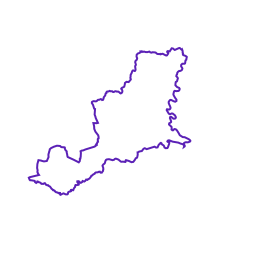 the district of San Sebastián Tlacotepec, Puebla, Mexico, rotated 31°
{"feature_id": "50627088B11534934741350", "entity_name": "San Sebastián Tlacotepec", "entity_type": "district", "adm_level": 2, "iso_a3": "MEX", "parent_name": "Mexico", "parent_adm1": "Puebla", "projection": "albers", "projection_center": [-96.826, 18.377], "detail": "fine", "context": "isolated", "style": "outline", "palette": "violet", "viewbox_px": 256, "rotation_deg": 31, "n_neighbors": 0, "source": "geoboundaries", "source_scale": "gbopen_adm2", "svg_char_len": 5861}
<svg xmlns="http://www.w3.org/2000/svg" viewBox="0 0 256 256"><g transform="rotate(31 128 128)"><path d="M97.2,219.5L97.6,219.6L97.8,219.9L99.4,220.1L100.2,219.7L100.8,219.8L101.4,219.5L102.2,219.6L102.6,219.0L103.2,218.7L104.1,220.0L104.6,220.0L105.7,218.1L106.5,217.2L108.7,217.0L110.1,216.2L110.4,215.4L109.9,214.2L109.9,213.6L110.6,212.6L111.3,212.1L111.7,211.5L111.6,211.2L111.1,210.9L111.0,210.5L111.4,210.1L113.0,209.7L113.1,209.4L112.7,207.6L113.0,205.8L112.5,204.8L112.4,203.9L113.3,203.5L114.9,202.1L114.9,201.8L113.8,201.1L112.3,200.4L112.0,199.8L112.9,199.1L113.9,199.0L115.2,199.6L115.9,199.2L116.5,198.0L116.4,196.8L118.0,196.5L118.6,195.3L118.7,193.7L119.9,193.4L120.1,192.5L120.4,192.3L121.0,191.1L121.3,189.0L121.2,188.3L121.2,187.8L121.6,187.5L122.1,185.7L123.0,184.3L122.9,183.6L123.3,182.7L125.0,181.5L125.4,180.7L126.1,180.1L126.4,179.9L126.9,180.3L127.5,180.4L128.3,179.7L128.5,179.7L128.7,177.5L128.3,177.0L128.1,176.0L126.9,174.5L126.2,174.1L125.5,173.3L125.6,172.0L126.2,170.5L126.2,169.9L125.6,167.8L125.6,166.6L126.1,165.8L127.8,164.5L131.4,163.5L132.4,162.4L132.6,161.5L133.0,160.8L133.7,160.4L136.1,160.0L139.1,160.5L139.6,160.4L141.1,159.4L143.2,158.5L143.3,158.1L142.7,157.1L142.8,156.6L145.7,155.8L148.6,155.5L150.0,154.3L150.3,151.5L150.2,150.0L151.0,148.8L150.9,148.2L150.1,145.9L148.8,144.0L149.1,143.8L149.6,142.6L150.9,141.3L151.7,140.7L152.0,138.0L152.4,137.2L152.8,136.7L154.9,136.5L160.4,130.3L162.2,130.3L163.3,129.4L163.0,126.7L163.2,125.7L163.4,125.5L163.5,124.2L163.8,123.8L164.7,123.9L165.2,124.4L165.8,124.6L167.5,124.6L168.3,125.0L169.3,125.9L170.7,125.9L172.1,124.9L172.1,123.9L171.4,120.3L170.8,119.0L170.2,118.9L169.3,119.4L168.7,119.3L168.6,118.9L168.6,118.4L169.0,117.8L169.4,117.5L169.8,117.3L173.3,116.7L178.7,114.6L181.1,114.3L183.1,113.7L184.4,113.8L184.9,114.0L185.5,114.7L185.7,115.4L186.0,114.7L186.0,114.3L185.7,113.9L184.0,112.9L183.8,112.1L184.0,111.5L184.8,110.5L186.6,109.5L187.3,108.8L188.2,107.5L188.1,106.9L187.4,106.5L185.8,106.3L181.3,106.7L179.6,107.6L176.1,107.5L174.1,106.3L171.1,104.8L169.6,104.5L168.3,105.0L167.8,106.8L167.2,107.1L166.1,106.9L165.7,105.9L164.7,104.6L161.4,103.9L160.9,102.8L161.7,101.3L161.9,100.7L161.7,100.3L161.0,99.6L158.8,97.9L158.5,96.9L158.9,96.4L159.4,96.2L161.8,96.6L162.4,96.5L163.4,95.8L163.7,95.2L163.5,94.1L161.8,93.0L158.8,92.6L157.9,93.1L156.9,94.6L155.6,94.7L152.0,92.8L151.8,92.4L151.8,91.8L153.4,91.2L154.0,90.7L154.3,89.9L154.2,89.2L154.1,88.8L152.9,87.7L151.4,86.7L150.1,85.7L149.5,84.8L149.4,84.3L149.6,82.5L150.0,82.0L150.8,81.7L153.0,81.6L154.9,81.2L155.6,79.9L154.9,78.7L152.9,77.9L150.4,76.5L149.5,75.7L148.7,73.2L148.7,72.5L148.9,72.1L150.3,71.6L152.1,70.3L152.5,69.5L152.4,68.5L152.1,67.8L151.2,67.3L149.0,67.6L146.7,67.0L146.1,66.0L145.3,64.2L145.3,63.8L145.8,63.1L145.9,62.4L145.4,60.9L145.3,60.0L144.9,59.5L144.4,59.2L142.7,58.7L142.5,58.1L142.3,57.4L142.4,56.7L141.8,55.2L141.9,54.1L142.5,52.7L143.2,52.4L144.1,51.1L144.3,50.2L144.0,49.0L143.5,48.6L141.8,47.8L141.2,46.8L141.1,46.3L141.5,44.9L143.1,44.0L143.6,43.3L143.4,42.6L142.5,40.5L142.8,39.4L142.4,38.6L141.9,37.0L141.7,36.7L140.8,36.6L139.3,36.7L138.1,37.0L137.6,37.0L137.0,36.5L136.7,35.6L136.1,35.4L135.2,33.9L134.6,33.4L134.7,33.9L134.1,33.0L133.5,32.8L133.0,33.2L131.5,32.8L130.9,32.9L130.4,33.4L127.9,37.0L127.4,37.0L125.6,36.7L124.4,37.2L124.3,40.9L122.6,41.5L122.3,41.8L122.2,42.2L122.4,42.6L122.7,42.8L123.7,43.0L124.1,43.4L124.0,45.6L123.7,46.0L123.0,46.3L119.5,46.5L118.4,47.5L118.1,48.0L117.4,47.9L116.9,48.5L115.0,49.4L114.5,49.4L112.8,49.1L111.6,49.6L109.9,50.5L109.5,51.2L108.2,51.7L107.0,51.5L105.5,53.0L103.9,53.9L102.5,54.2L101.4,55.1L101.0,55.1L101.1,55.3L99.7,55.8L99.8,55.9L99.4,56.1L99.6,56.3L100.0,56.3L98.8,58.3L98.1,59.0L97.7,60.7L98.6,62.5L99.9,63.4L100.3,64.7L100.3,65.4L99.9,66.3L100.2,67.8L102.1,69.6L102.3,70.2L102.2,70.9L102.5,71.7L104.3,73.9L104.6,74.6L104.6,75.5L104.4,75.7L102.7,76.0L102.4,76.5L102.4,77.2L102.8,79.1L102.9,81.1L103.8,82.7L104.2,83.9L105.3,84.7L105.4,85.2L104.9,88.3L102.9,89.2L102.2,91.0L102.7,92.0L103.5,94.5L103.1,95.3L102.2,96.5L101.9,97.6L102.0,97.9L102.9,98.1L104.0,99.0L104.5,99.9L104.6,100.9L104.0,102.1L103.3,102.2L102.5,101.9L101.0,101.8L100.6,101.9L99.9,102.5L98.5,102.8L97.6,103.7L97.3,104.5L96.3,104.9L95.4,104.7L94.2,105.5L93.2,105.6L92.5,106.7L91.3,107.5L91.1,108.2L91.5,109.1L91.1,109.6L91.1,110.1L91.7,111.8L91.4,114.2L91.9,115.4L92.1,116.7L91.4,117.4L90.5,117.1L89.7,117.3L88.9,118.5L87.8,119.3L87.6,119.7L87.4,120.8L86.8,121.7L84.7,122.7L83.9,123.7L83.7,124.3L84.1,125.2L86.1,126.2L88.9,128.7L89.6,129.0L90.0,128.8L92.5,133.7L94.3,135.1L95.0,135.9L99.6,139.1L98.7,140.0L95.8,141.6L98.1,144.0L99.5,146.1L101.9,147.9L106.2,149.6L107.4,150.8L108.1,152.0L107.9,152.2L108.0,152.5L107.8,152.9L108.2,153.8L108.9,154.6L108.9,154.9L109.4,155.3L109.1,156.3L109.5,157.4L109.2,158.1L109.9,158.6L109.2,159.3L109.5,160.1L109.0,160.8L109.0,161.1L102.4,168.5L101.2,170.2L99.9,171.3L99.3,172.4L100.4,173.5L102.3,177.1L102.6,178.1L102.6,179.1L103.0,179.1L103.1,180.0L103.7,181.1L103.5,182.8L97.6,183.2L91.3,183.9L90.8,183.6L89.2,181.7L88.0,180.5L87.5,179.6L85.7,179.1L84.4,178.1L83.9,177.3L83.2,177.4L81.0,178.6L80.2,178.7L79.3,178.4L78.4,178.7L76.2,179.8L73.8,182.6L73.4,183.4L72.5,184.6L71.9,186.5L72.5,188.0L72.5,188.5L72.9,189.7L73.3,191.3L73.6,192.0L74.9,193.9L75.4,198.1L73.2,199.9L71.3,200.5L70.2,200.7L67.8,201.7L68.9,205.6L70.7,209.1L72.3,210.8L73.0,212.4L73.7,212.8L74.1,213.3L75.9,214.1L69.2,220.7L68.6,221.7L70.3,223.0L71.0,223.2L72.3,222.5L75.2,221.4L76.3,222.3L76.8,222.2L77.6,222.4L77.8,222.0L77.8,220.5L78.4,220.3L79.0,220.6L79.4,220.3L81.3,220.0L82.2,220.4L83.0,220.3L84.2,219.3L84.4,219.3L84.6,218.7L85.0,218.2L85.4,218.1L87.0,218.9L88.0,218.6L88.4,218.7L89.0,218.2L90.0,218.5L91.4,218.4L93.9,219.5L94.7,219.5L95.7,219.9L96.0,219.6L96.4,219.7L97.2,219.5Z" fill="none" stroke="#5b21b6" stroke-width="2"/></g></svg>